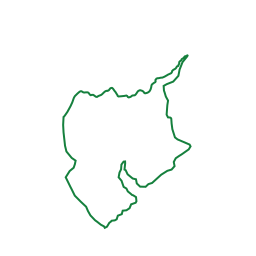 Faro, Nord, Cameroon, rotated 36°
{"feature_id": "32672807B99512491314233", "entity_name": "Faro", "entity_type": "district", "adm_level": 2, "iso_a3": "CMR", "parent_name": "Cameroon", "parent_adm1": "Nord", "projection": "natural_earth1", "projection_center": [12.816, 8.422], "detail": "fine", "context": "isolated", "style": "outline", "palette": "green", "viewbox_px": 256, "rotation_deg": 36, "n_neighbors": 0, "source": "geoboundaries", "source_scale": "gbopen_adm2", "svg_char_len": 2790}
<svg xmlns="http://www.w3.org/2000/svg" viewBox="0 0 256 256"><g transform="rotate(36 128 128)"><path d="M167.9,222.4L169.0,220.2L168.6,215.6L169.1,214.2L169.3,212.6L171.6,210.5L172.5,208.5L171.3,204.9L173.6,201.4L172.3,198.0L175.1,195.5L176.4,192.0L175.4,187.9L178.1,184.0L177.9,182.3L175.1,179.2L171.7,179.4L170.7,179.8L168.7,179.6L165.1,179.4L162.3,177.9L159.1,178.2L153.8,174.5L149.4,173.4L147.3,169.0L146.7,165.5L144.2,161.5L144.2,157.8L145.3,156.8L146.5,158.3L149.6,163.7L150.9,163.5L154.9,165.7L161.5,166.1L164.6,164.8L167.7,167.7L172.3,168.3L176.8,165.2L177.5,161.4L179.8,158.3L182.3,146.3L185.0,139.5L187.7,136.0L188.1,131.5L185.0,128.6L184.4,124.4L185.8,120.5L186.9,117.8L189.7,109.6L189.4,106.1L187.6,105.2L174.8,108.1L171.5,108.0L164.6,102.9L160.7,98.8L157.6,95.1L156.8,94.7L155.9,94.8L154.1,95.9L151.4,94.5L146.4,86.4L144.3,82.3L140.1,80.3L136.7,77.7L135.1,76.6L132.1,73.0L133.2,70.6L133.5,69.9L137.3,63.9L138.1,56.2L135.4,50.4L133.4,42.7L133.8,35.1L133.3,33.6L133.2,35.2L132.0,36.4L131.8,37.6L131.8,38.1L131.8,38.3L131.8,38.8L131.2,40.2L131.0,40.9L131.3,41.9L130.8,43.4L130.7,44.5L130.9,44.9L131.4,45.4L131.7,46.2L131.6,46.8L132.0,47.6L132.1,48.4L131.6,49.0L131.4,49.7L131.6,50.8L131.5,52.0L131.1,53.1L130.5,54.2L130.2,55.8L130.6,56.7L130.7,57.4L130.7,58.2L130.3,59.0L128.9,61.5L128.4,62.8L127.8,64.0L127.5,64.8L126.2,67.0L125.0,68.0L123.3,69.9L122.9,70.1L122.0,71.3L122.0,73.1L122.8,73.9L123.0,74.2L123.1,74.9L122.6,75.9L122.0,77.8L121.8,78.7L121.9,79.5L122.4,80.6L122.8,81.3L123.6,83.6L123.8,85.6L123.8,85.9L123.1,87.9L122.0,89.3L121.4,89.9L120.3,90.0L119.8,89.7L118.6,89.5L117.6,89.6L117.0,89.8L116.5,90.0L116.0,90.1L115.3,90.6L114.7,91.7L114.4,92.6L114.5,94.7L114.5,96.6L114.2,97.6L112.6,99.0L112.3,99.5L111.8,101.3L111.3,101.9L111.0,102.4L110.5,102.9L109.7,103.0L108.6,102.6L107.6,102.7L106.1,104.3L103.3,106.8L102.1,107.8L101.7,108.1L100.8,108.1L99.9,107.5L99.0,107.2L96.6,106.2L95.6,106.0L93.0,105.1L91.9,104.9L91.4,105.0L90.8,105.6L90.4,106.3L90.4,106.7L90.3,107.5L90.3,108.7L90.0,109.4L89.6,110.0L89.3,110.0L88.7,110.7L88.1,111.5L87.7,112.9L87.4,114.6L87.2,115.9L86.8,117.1L85.2,119.6L84.7,121.0L84.0,121.5L83.2,121.6L81.9,121.6L80.8,121.6L80.3,121.7L79.3,122.4L78.8,123.1L78.5,123.4L77.5,123.4L75.6,122.8L74.6,122.8L73.8,123.3L72.3,124.5L71.7,125.1L70.6,125.5L69.7,125.5L68.6,125.7L68.0,126.2L67.5,127.2L66.9,129.7L66.3,133.4L66.4,134.6L66.5,135.4L66.8,136.5L67.5,138.8L67.9,140.2L68.7,144.3L69.5,150.6L69.6,154.9L69.5,156.8L69.4,157.0L73.7,163.6L78.4,169.4L86.7,178.5L87.4,179.3L92.0,183.2L100.0,185.3L104.8,185.2L106.3,188.5L107.4,192.1L106.1,197.1L106.6,204.5L116.8,209.9L117.3,210.1L124.7,214.0L133.2,215.4L140.4,216.3L144.4,218.7L149.0,220.8L155.6,222.0L158.4,222.0L162.9,222.2L166.4,221.7L167.9,222.4Z" fill="none" stroke="#15803d" stroke-width="2"/></g></svg>